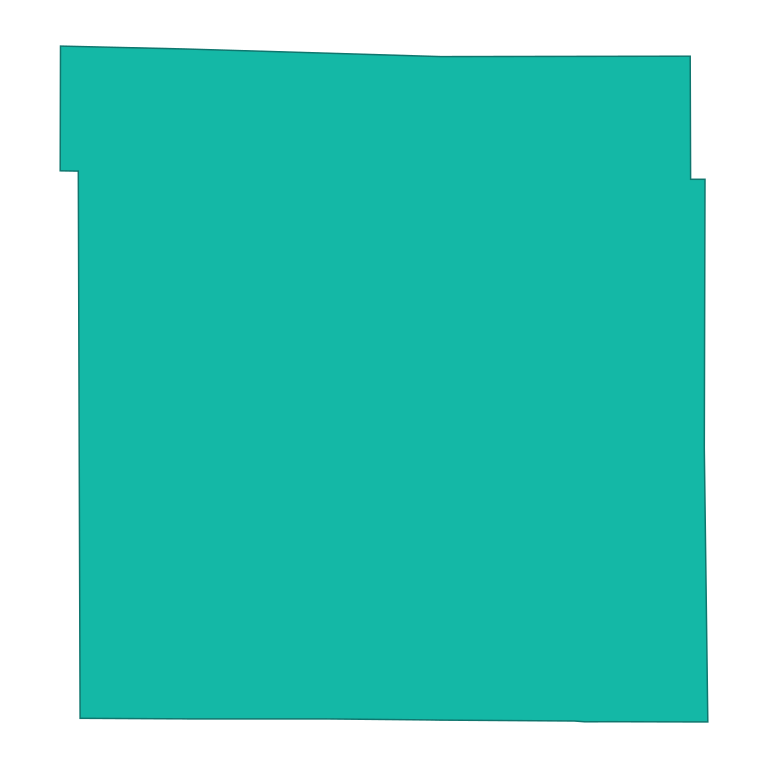 outline of Clark, Kansas, United States of America
{"feature_id": "52423323B23094259623608", "entity_name": "Clark", "entity_type": "district", "adm_level": 2, "iso_a3": "USA", "parent_name": "United States of America", "parent_adm1": "Kansas", "projection": "natural_earth1", "projection_center": [-99.798, 37.237], "detail": "fine", "context": "isolated", "style": "filled", "palette": "teal", "viewbox_px": 768, "rotation_deg": 0, "n_neighbors": 0, "source": "geoboundaries", "source_scale": "gbopen_adm2", "svg_char_len": 412}
<svg xmlns="http://www.w3.org/2000/svg" viewBox="0 0 768 768"><path d="M707.8,721.9L704.3,448.0L705.0,179.3L690.6,179.3L690.2,56.2L440.6,56.6L185.5,49.0L60.5,46.1L60.2,170.8L78.3,171.1L80.1,718.3L176.0,718.8L179.6,718.8L181.1,718.8L188.1,718.9L325.2,718.9L427.5,719.9L440.3,720.1L441.0,720.1L574.4,721.0L584.8,721.8L611.4,721.7L688.4,721.9L707.8,721.9Z" fill="#14b8a6" stroke="#0f766e" stroke-width="1.5"/></svg>